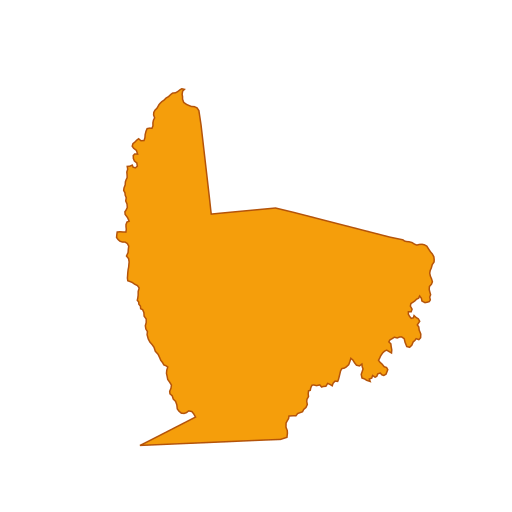 outline of Aracatu, Bahia, Brazil, rotated 342°
{"feature_id": "56859067B11961587384233", "entity_name": "Aracatu", "entity_type": "district", "adm_level": 2, "iso_a3": "BRA", "parent_name": "Brazil", "parent_adm1": "Bahia", "projection": "equal_earth", "projection_center": [-41.359, -14.328], "detail": "fine", "context": "isolated", "style": "filled", "palette": "amber", "viewbox_px": 512, "rotation_deg": 342, "n_neighbors": 0, "source": "geoboundaries", "source_scale": "gbopen_adm2", "svg_char_len": 4289}
<svg xmlns="http://www.w3.org/2000/svg" viewBox="0 0 512 512"><g transform="rotate(342 256 256)"><path d="M239.4,75.4L237.1,74.0L235.2,74.4L232.5,75.4L229.9,75.9L227.0,75.3L225.0,76.0L222.0,77.4L219.2,78.0L216.8,79.3L214.1,80.1L212.3,81.0L210.6,82.0L208.9,83.6L207.4,84.9L205.0,86.1L203.2,87.8L202.2,90.2L202.3,93.3L200.4,95.2L199.1,97.5L198.2,100.4L196.5,102.4L194.3,101.5L191.8,101.2L189.9,103.4L188.1,106.3L187.0,109.0L185.2,111.6L182.2,110.8L180.6,108.2L178.3,109.0L176.1,110.2L173.7,111.1L172.2,113.3L172.9,115.7L174.9,118.6L174.9,122.5L172.2,121.5L170.3,122.5L169.5,125.3L169.7,128.0L171.4,130.7L170.9,133.9L168.6,134.9L166.6,133.6L166.4,131.3L163.7,131.6L161.2,131.0L160.8,133.8L159.1,136.2L158.4,139.2L157.7,141.6L156.1,143.3L154.7,145.1L153.6,147.9L151.5,150.5L150.4,152.8L150.9,155.3L150.4,157.8L150.6,160.5L149.1,163.4L149.4,166.7L148.6,170.1L146.5,172.3L145.0,173.4L144.4,176.0L145.7,179.8L146.1,183.7L143.8,183.8L142.1,185.9L141.4,188.0L140.9,190.5L139.7,193.0L137.0,192.1L134.1,190.9L131.4,190.3L130.3,192.5L129.1,195.3L129.9,197.7L131.2,199.9L133.2,201.4L135.8,202.3L137.5,204.4L138.0,207.3L136.7,210.0L135.4,213.2L132.8,216.0L134.0,219.1L133.5,222.5L132.5,224.7L131.5,227.1L130.2,229.4L128.8,232.5L127.9,234.8L126.9,237.2L126.4,239.9L128.2,241.3L130.1,242.9L131.8,245.2L134.1,247.5L135.0,250.3L133.0,253.3L131.8,256.9L130.5,259.6L129.4,261.4L130.2,263.5L129.7,265.7L130.6,267.9L130.0,270.5L131.6,272.0L131.9,275.2L131.0,278.6L132.1,282.0L131.0,285.4L129.2,288.1L128.7,291.3L129.4,294.3L128.1,297.2L127.9,301.6L128.5,305.1L129.8,308.1L130.8,311.3L130.8,315.5L132.5,319.3L133.0,323.2L133.2,325.8L134.2,328.5L134.7,331.1L136.4,332.5L137.8,334.3L135.8,337.1L134.6,339.9L134.3,343.0L133.9,346.1L134.8,349.0L135.7,352.6L134.3,355.5L132.1,358.0L131.6,360.5L133.1,363.0L133.1,366.5L134.6,369.4L134.7,373.1L133.9,377.1L134.8,379.8L136.4,382.4L138.9,383.5L141.4,383.5L144.1,382.5L146.9,384.1L148.0,386.9L148.7,390.5L97.8,398.7L87.1,400.3L207.4,433.7L222.6,438.0L229.4,438.0L231.1,434.3L231.8,431.7L231.6,428.1L233.0,424.1L235.1,422.1L236.8,420.6L237.9,418.4L240.4,419.0L242.6,419.6L244.6,420.3L246.9,418.7L249.2,418.6L252.1,418.5L253.9,416.7L256.7,415.5L258.9,413.1L259.3,410.0L260.2,408.0L262.5,405.9L263.1,403.1L264.3,400.5L266.1,400.5L267.4,398.2L269.3,396.2L271.1,396.5L273.5,398.0L276.8,398.3L277.9,400.9L279.8,400.9L282.2,401.5L284.8,399.3L286.7,401.0L288.4,403.0L289.9,400.9L292.5,399.4L294.9,400.5L296.2,399.0L298.0,396.2L299.7,393.4L301.0,391.3L302.9,389.6L305.3,389.9L307.3,389.5L310.6,388.0L312.8,385.2L314.6,382.6L316.0,384.9L316.7,387.9L317.8,390.9L320.4,392.5L323.3,391.5L322.8,394.1L322.9,396.5L321.0,399.1L319.5,401.1L319.1,404.8L321.3,406.5L322.8,408.4L325.8,410.6L325.7,408.0L328.3,407.9L330.0,405.7L331.8,408.1L333.7,407.7L335.4,405.7L338.0,405.7L339.0,407.9L340.6,409.1L343.1,408.6L344.6,406.8L346.2,404.8L345.7,402.4L343.7,400.9L342.4,397.6L341.1,395.4L340.3,393.0L341.8,391.6L343.7,389.5L346.5,387.3L348.9,386.2L351.2,385.9L353.1,388.1L354.9,390.1L356.1,387.3L356.6,383.7L357.1,381.2L355.8,378.7L357.4,377.2L360.3,376.6L362.5,376.0L365.0,377.6L367.5,377.4L369.4,377.9L371.4,380.4L371.1,384.2L371.4,388.7L373.9,390.3L376.6,389.0L378.9,386.3L381.0,385.4L382.8,384.1L385.0,385.9L387.3,384.6L388.6,381.2L388.3,376.9L388.9,373.7L388.1,371.4L389.8,370.0L391.5,368.7L391.0,366.0L389.1,363.7L387.9,361.5L386.6,363.4L384.4,363.3L383.4,360.9L382.9,358.4L383.7,356.1L386.3,357.0L388.0,354.8L387.3,351.4L388.6,349.1L390.9,348.5L393.2,347.8L395.3,346.7L397.6,346.4L399.3,344.6L400.2,347.3L399.9,350.1L402.3,352.6L404.9,352.9L406.7,352.9L408.2,351.6L408.5,348.7L410.1,346.8L410.2,343.7L410.4,341.3L411.5,338.6L414.2,337.0L415.8,335.0L415.9,332.1L415.6,329.1L415.9,326.0L417.2,323.6L419.0,321.6L421.0,318.6L423.5,316.7L424.3,314.6L424.9,311.7L424.3,308.5L423.3,306.2L422.5,303.4L421.5,299.4L419.6,297.4L417.6,296.2L415.1,295.5L412.3,295.3L410.5,293.8L408.5,291.4L405.9,289.7L403.9,288.9L401.9,287.7L400.7,286.0L388.8,279.2L341.4,249.1L328.8,241.1L305.7,226.4L289.4,216.4L260.0,209.8L256.9,209.1L252.9,208.2L234.1,204.0L231.3,203.4L226.4,202.3L226.9,199.6L229.9,185.2L244.2,114.5L246.6,100.1L245.7,96.9L243.5,94.9L240.7,93.8L238.6,92.0L236.9,90.5L234.7,87.6L234.6,84.2L235.4,81.7L235.7,79.4L237.2,76.5L239.4,75.4Z" fill="#f59e0b" stroke="#b45309" stroke-width="1.5"/></g></svg>